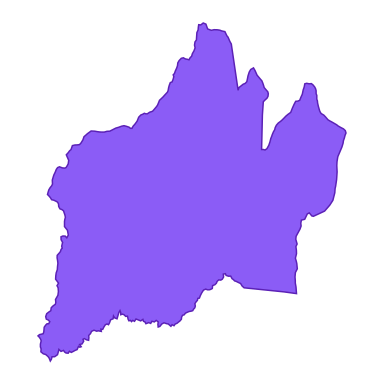 outline of Água Fria de Goiás, Goiás, Brazil
{"feature_id": "56859067B46461362278919", "entity_name": "Água Fria de Goiás", "entity_type": "district", "adm_level": 2, "iso_a3": "BRA", "parent_name": "Brazil", "parent_adm1": "Goiás", "projection": "equal_earth", "projection_center": [-47.827, -14.895], "detail": "fine", "context": "isolated", "style": "filled", "palette": "violet", "viewbox_px": 384, "rotation_deg": 0, "n_neighbors": 0, "source": "geoboundaries", "source_scale": "gbopen_adm2", "svg_char_len": 5445}
<svg xmlns="http://www.w3.org/2000/svg" viewBox="0 0 384 384"><path d="M343.4,140.8L344.4,137.9L345.0,135.5L346.0,133.0L345.3,130.6L343.5,128.9L340.6,127.4L338.0,125.9L336.7,124.8L331.7,121.9L329.8,120.9L328.0,119.8L325.5,116.9L323.8,115.1L321.1,113.5L319.8,111.3L319.0,108.6L318.4,106.5L317.6,103.0L317.4,100.9L316.8,99.2L316.8,95.4L316.1,93.6L316.1,90.7L315.6,88.8L314.7,87.0L313.1,85.0L311.4,83.6L309.1,83.8L306.7,83.3L304.8,83.8L304.2,87.0L303.2,89.9L302.8,91.8L302.3,94.2L300.8,97.5L299.7,100.3L297.9,101.1L295.7,101.3L294.0,104.5L292.4,108.1L290.7,112.4L287.8,114.5L285.8,116.2L284.2,117.9L282.1,120.0L280.5,121.4L278.3,123.0L276.4,125.2L275.2,127.6L274.7,129.7L273.5,131.7L272.3,134.5L271.7,136.3L270.8,138.5L270.0,141.8L268.8,145.3L266.9,148.7L265.0,150.0L263.3,149.5L261.6,149.5L262.4,114.9L263.3,101.8L264.7,100.3L267.0,98.2L268.0,96.3L268.3,93.7L267.8,91.8L265.9,89.6L264.2,87.6L263.6,85.5L262.8,83.1L261.8,80.7L260.7,79.5L257.1,75.2L255.0,70.5L253.5,67.9L250.7,69.5L249.2,72.1L248.0,75.9L247.5,78.5L246.8,81.7L245.2,83.4L243.2,84.2L238.9,87.6L238.1,90.3L231.3,44.0L229.8,41.3L228.7,38.7L228.0,37.1L226.9,35.8L224.9,31.6L223.0,31.2L221.6,30.9L219.9,30.2L217.4,29.8L214.1,29.7L211.3,30.3L209.4,29.6L207.6,28.9L205.9,24.1L203.2,23.0L200.8,24.9L198.7,24.7L198.3,27.4L198.1,29.9L196.9,32.6L196.6,36.8L196.4,40.0L195.0,41.9L194.5,45.1L195.1,47.9L193.9,51.0L192.4,53.6L191.6,56.3L190.2,57.6L189.0,59.8L187.4,59.3L185.3,58.9L183.4,57.8L181.3,58.3L179.1,60.6L177.8,62.9L177.5,65.6L176.7,68.0L175.4,70.8L174.4,73.6L173.2,74.8L173.8,76.7L173.1,79.3L172.1,81.9L170.3,82.6L169.3,85.2L168.6,87.7L168.1,90.6L167.4,92.2L166.0,93.7L164.7,95.1L162.9,97.1L160.9,99.0L159.5,100.3L158.5,102.8L157.6,105.0L156.6,106.5L154.1,109.5L152.5,111.3L149.7,112.2L147.3,113.8L145.8,113.8L144.3,113.3L143.0,114.1L140.8,115.0L138.7,117.2L137.1,121.2L134.8,124.3L133.1,126.2L132.0,128.3L130.4,128.3L129.1,127.2L126.4,126.3L124.0,125.7L121.6,126.2L118.6,127.3L115.8,128.1L109.7,131.2L107.0,131.3L104.2,132.1L102.3,132.1L99.9,132.0L97.6,131.7L94.8,131.2L91.1,131.0L89.2,132.4L87.4,133.7L86.2,134.8L84.0,136.7L82.9,139.9L81.0,143.0L79.5,144.6L77.3,144.9L74.8,145.0L72.4,145.6L71.0,149.6L69.5,150.9L68.3,152.6L66.3,154.8L67.2,156.9L68.7,160.3L68.2,163.9L67.1,165.9L66.0,167.6L64.7,168.1L62.4,167.9L59.5,166.8L57.6,167.6L56.3,169.4L55.2,172.2L53.8,175.1L53.1,177.4L52.3,180.1L52.5,184.1L51.6,185.9L50.1,187.7L48.8,189.9L48.0,192.6L47.5,194.5L48.9,195.9L50.4,197.7L51.6,199.7L53.8,200.2L56.3,201.4L57.6,202.2L58.5,204.0L58.7,206.5L59.9,208.8L62.1,209.7L63.5,210.8L64.1,212.6L64.9,215.0L65.4,217.3L64.8,219.5L64.5,221.4L64.5,226.6L67.4,230.2L67.8,232.2L68.3,235.1L66.8,237.8L65.2,236.1L62.8,236.0L61.0,236.8L61.1,239.7L62.6,242.4L61.7,246.2L62.2,248.2L61.1,249.4L60.4,251.6L59.1,253.2L57.2,255.3L57.1,257.9L57.5,260.1L57.9,263.2L57.5,266.7L57.3,269.7L56.2,272.9L55.8,275.7L55.6,279.2L58.5,283.1L57.0,285.7L58.1,287.7L58.4,291.6L57.9,295.3L56.7,297.4L55.5,299.5L55.8,302.4L55.3,304.4L54.0,305.2L52.6,306.3L51.2,307.8L50.8,310.7L48.7,312.1L46.7,313.7L45.7,316.6L46.3,319.1L48.4,320.1L49.8,321.7L48.7,323.7L47.0,323.8L45.6,325.2L44.2,327.2L43.8,331.8L43.2,333.7L41.7,334.1L39.5,334.6L38.0,335.9L39.3,337.2L40.5,339.0L41.2,340.8L40.4,344.1L40.4,346.9L41.1,348.9L40.9,351.8L43.3,353.8L45.7,354.5L48.0,356.5L49.1,358.0L50.3,361.0L51.4,359.3L52.0,356.8L54.7,356.7L57.5,354.7L58.3,351.9L58.9,349.4L61.0,351.4L63.5,350.4L64.6,352.0L66.0,353.0L68.2,353.2L69.4,351.3L71.3,352.4L73.3,351.4L75.1,350.4L77.1,349.6L78.5,346.4L79.8,347.2L81.2,346.7L79.7,344.5L82.1,343.9L83.7,341.2L83.0,339.3L84.3,338.6L86.2,339.7L88.6,340.3L88.9,337.6L88.7,335.5L90.5,333.6L91.5,331.4L94.0,330.2L96.7,331.2L98.3,330.8L101.3,331.4L100.9,329.2L102.7,329.4L103.9,327.0L105.4,324.7L107.0,324.0L108.5,324.7L109.5,322.9L110.6,319.8L113.1,318.8L113.5,316.0L114.7,317.9L117.0,318.8L117.7,316.5L118.8,312.7L120.0,310.6L120.7,312.5L120.8,314.7L122.4,314.1L124.0,314.7L125.7,316.4L127.5,316.2L128.1,319.2L128.9,320.8L130.5,320.4L131.5,321.6L132.8,320.4L134.5,321.3L136.0,319.0L138.5,320.0L140.7,320.9L142.9,319.4L143.5,321.3L145.0,322.0L145.9,323.7L148.7,322.6L150.7,323.4L151.9,321.3L154.4,321.9L156.2,320.4L158.2,321.9L157.9,324.5L158.2,327.0L159.9,326.4L161.8,324.0L164.0,322.8L166.3,323.6L168.3,324.0L170.9,326.3L172.1,324.7L174.0,325.7L175.2,324.0L177.0,323.3L178.2,322.3L180.1,320.8L181.4,319.2L181.6,317.1L182.5,315.3L184.2,314.8L185.4,313.2L187.0,312.4L189.1,311.5L191.0,311.2L192.7,310.7L193.7,309.0L194.8,307.8L195.3,306.0L194.9,303.6L196.2,301.7L197.4,300.4L197.8,298.4L199.4,298.1L200.3,295.7L201.7,292.9L203.5,290.1L205.7,289.1L207.5,289.8L209.2,289.8L210.6,289.4L212.3,288.5L212.6,285.6L214.9,284.7L216.4,283.2L217.1,281.4L218.7,279.9L220.8,280.1L222.3,279.2L223.6,277.0L223.3,274.1L225.4,273.7L226.1,275.4L228.5,276.2L230.7,276.1L232.0,278.6L233.4,279.6L234.6,280.9L236.0,281.3L238.4,282.5L240.6,283.5L242.1,286.0L244.1,287.8L284.2,291.9L296.5,293.6L296.0,287.0L295.3,283.0L295.3,280.7L295.0,277.0L295.4,272.5L297.3,268.8L296.8,263.6L296.3,261.3L295.4,258.2L296.5,253.7L296.4,250.3L295.9,246.6L297.1,244.0L295.8,239.3L296.1,236.3L300.0,229.1L301.1,226.0L300.8,223.2L301.4,220.1L304.7,219.3L306.4,215.8L307.3,213.9L309.3,212.9L311.8,215.9L313.4,216.3L324.6,211.1L329.8,205.1L332.9,200.3L333.8,196.7L334.8,192.8L335.1,188.5L335.6,186.4L336.6,179.6L337.1,171.9L336.8,165.6L337.0,161.7L337.8,156.7L339.3,153.2L341.9,147.1L343.1,143.1L343.4,140.8Z" fill="#8b5cf6" stroke="#5b21b6" stroke-width="1.5"/></svg>